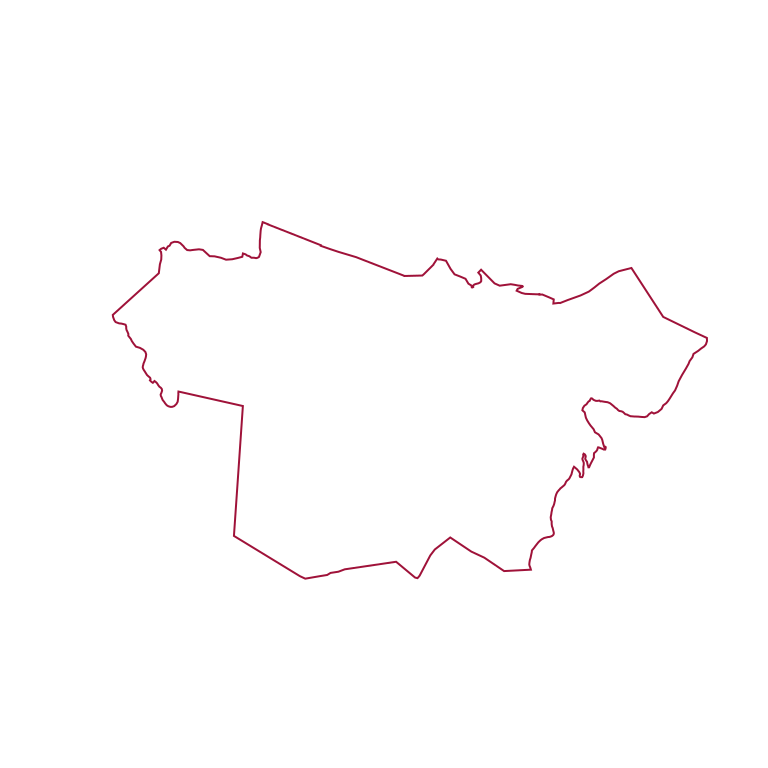 outline of Juan Galindo, Puebla, Mexico, rotated 205°
{"feature_id": "50627088B57480550213661", "entity_name": "Juan Galindo", "entity_type": "district", "adm_level": 2, "iso_a3": "MEX", "parent_name": "Mexico", "parent_adm1": "Puebla", "projection": "natural_earth1", "projection_center": [-98.001, 20.223], "detail": "fine", "context": "isolated", "style": "outline", "palette": "rose", "viewbox_px": 768, "rotation_deg": 205, "n_neighbors": 0, "source": "geoboundaries", "source_scale": "gbopen_adm2", "svg_char_len": 5266}
<svg xmlns="http://www.w3.org/2000/svg" viewBox="0 0 768 768"><g transform="rotate(205 384 384)"><path d="M644.0,410.5L641.9,409.5L640.1,406.5L638.5,402.7L637.7,397.8L634.9,389.2L659.0,332.0L657.9,330.3L655.4,327.8L653.4,326.7L649.7,327.0L647.4,327.8L644.8,328.3L643.3,328.5L641.9,327.1L641.1,325.4L640.1,324.1L638.8,323.1L636.8,321.3L636.2,319.7L632.4,317.8L630.8,316.4L628.1,314.8L624.6,313.0L620.5,313.6L616.6,313.3L613.8,312.2L612.1,310.4L611.4,308.4L611.0,306.5L610.9,305.2L610.7,303.5L610.6,300.9L610.3,299.7L610.1,298.3L609.7,297.1L609.0,296.3L608.2,295.6L607.2,294.9L606.1,294.3L605.1,293.6L603.8,292.8L602.8,292.1L601.4,291.6L600.3,291.3L598.6,290.8L597.6,289.7L597.7,288.4L595.8,287.7L594.8,287.5L594.0,287.4L593.5,288.8L593.3,289.7L591.8,289.4L590.3,288.9L589.1,288.2L588.1,287.5L586.4,286.6L584.7,286.3L583.3,285.6L582.3,284.2L582.0,281.7L582.0,280.1L581.2,278.9L580.0,278.0L579.1,277.1L577.9,276.0L576.7,275.4L575.5,274.8L574.4,274.1L573.2,273.5L571.8,272.9L570.1,272.7L567.9,273.0L566.3,273.8L564.8,275.3L563.7,278.1L563.5,280.7L564.4,283.6L565.6,286.7L565.9,287.6L566.6,288.9L567.1,290.3L502.6,304.4L480.6,247.3L455.8,182.9L379.0,174.3L373.1,174.3L360.7,182.9L354.8,186.9L352.6,190.2L346.0,194.6L341.6,199.1L341.2,199.5L339.5,200.6L297.9,228.0L274.0,221.7L271.6,222.2L271.1,223.8L270.7,225.4L269.6,248.2L268.0,255.5L259.1,272.9L234.0,269.0L219.7,269.0L196.1,265.2L172.4,277.8L173.8,279.4L175.3,280.8L176.1,281.9L176.8,283.9L177.4,286.1L177.7,288.4L178.5,291.7L179.0,294.0L179.6,295.7L178.7,299.0L178.4,300.7L177.8,303.3L177.2,305.8L176.7,307.1L176.1,308.6L175.4,309.9L173.9,312.0L172.7,313.0L170.7,314.6L169.6,315.2L168.4,316.2L167.4,317.4L166.8,318.7L166.8,320.0L167.4,321.2L168.5,322.5L170.3,324.8L171.6,326.0L172.9,328.0L174.0,330.4L175.3,331.5L176.6,333.7L177.4,336.8L178.0,338.7L178.5,341.0L179.0,342.5L178.9,345.3L179.1,347.3L179.6,349.5L179.8,350.7L180.6,352.5L181.0,354.7L181.2,356.0L181.3,357.0L181.3,359.1L180.7,361.6L180.3,362.7L180.0,364.0L179.5,364.9L177.8,368.6L177.6,370.2L177.7,372.2L177.3,373.8L176.5,375.4L176.1,376.6L175.9,381.3L176.3,383.3L176.8,386.1L176.9,387.7L176.8,389.3L174.9,388.8L172.8,388.2L171.2,387.4L169.8,386.7L169.2,386.2L168.3,385.4L167.9,383.6L167.2,382.7L166.1,382.8L165.0,383.4L165.0,385.0L165.5,387.3L166.5,389.1L167.2,390.9L167.8,392.1L168.4,393.4L168.7,394.7L169.2,396.0L169.6,396.9L170.6,398.0L171.8,399.0L172.6,400.0L172.8,401.7L172.7,402.6L173.2,403.5L173.7,404.3L173.6,404.9L173.6,405.2L172.3,405.1L171.6,404.7L170.7,403.9L170.3,402.6L170.2,401.7L169.6,400.8L167.0,399.2L166.5,398.4L165.2,396.7L164.2,395.8L163.5,394.9L162.9,395.2L163.0,397.0L163.0,399.3L162.7,406.1L163.8,408.4L164.4,410.1L163.7,411.6L163.1,413.2L162.9,414.5L163.2,416.0L163.2,417.1L162.4,417.3L160.4,417.4L159.0,417.5L157.0,417.5L155.8,418.1L156.0,419.5L156.4,420.5L157.0,420.6L157.3,419.7L157.8,420.0L160.3,422.7L162.5,425.5L164.0,426.9L168.2,429.0L170.4,429.2L172.4,429.4L174.9,431.6L179.2,433.6L181.8,435.1L184.5,436.9L186.8,438.8L190.1,443.1L193.1,444.0L193.6,446.3L193.2,449.0L191.9,451.2L191.6,453.1L191.2,454.7L190.5,455.6L190.5,457.3L190.2,458.6L189.2,458.8L187.5,458.2L186.4,458.2L184.7,458.3L183.1,459.1L181.8,460.0L180.6,459.7L179.5,460.3L178.4,460.6L176.5,461.1L173.6,462.0L171.1,462.1L169.7,461.8L166.6,461.0L164.5,460.3L162.5,460.0L160.9,459.3L159.3,459.0L157.7,459.5L156.0,459.7L154.2,459.2L152.6,458.6L150.8,459.0L148.9,458.9L146.8,459.0L145.9,459.4L143.7,460.2L140.0,461.8L136.9,462.9L133.8,464.1L131.9,465.9L131.0,468.8L129.4,471.5L126.9,471.3L124.0,474.3L122.9,476.6L121.9,478.8L121.9,482.6L120.1,485.9L119.4,488.5L118.9,491.7L118.2,497.6L117.5,501.2L117.6,506.4L118.1,511.0L117.7,518.1L116.9,525.6L116.5,530.9L116.7,533.9L115.8,538.5L116.2,542.1L113.2,546.9L111.7,550.0L109.7,553.4L109.0,555.9L109.4,559.4L110.8,562.2L124.4,562.2L159.3,562.8L208.8,593.7L218.9,585.4L222.4,581.0L226.9,573.1L231.4,565.9L234.0,560.6L235.6,557.6L237.4,554.3L243.3,547.3L253.0,537.7L258.6,531.8L259.8,531.4L264.5,528.5L265.9,532.4L271.0,532.3L278.4,532.0L280.9,530.6L281.2,531.2L282.9,530.1L294.1,525.4L297.6,524.7L303.2,524.6L303.1,526.7L299.6,530.5L299.5,531.1L300.0,531.3L300.7,531.1L301.3,530.9L304.2,529.9L307.5,529.1L311.3,528.0L320.7,522.0L326.3,521.9L344.3,528.6L345.6,524.8L342.2,523.2L340.7,521.1L339.4,518.4L339.6,517.0L340.8,515.3L343.1,513.4L344.2,512.3L344.6,511.3L344.7,510.6L344.1,509.6L344.6,508.9L345.3,508.7L346.4,510.2L349.1,510.5L349.9,510.6L354.6,513.8L360.2,513.6L366.4,513.2L372.4,516.5L379.9,521.9L385.1,520.8L385.4,520.7L387.0,520.0L387.9,519.9L388.7,520.2L389.7,513.5L389.6,513.1L394.3,500.3L395.1,498.5L411.2,490.5L411.3,490.6L417.4,490.2L456.4,487.6L462.8,487.2L481.2,484.5L489.8,483.5L499.7,482.5L499.8,483.1L556.6,479.6L556.6,479.8L562.4,479.4L561.8,476.5L561.2,472.9L560.6,470.9L559.1,466.9L558.1,464.4L557.2,461.7L555.8,458.6L554.1,454.8L551.5,451.4L551.0,446.4L551.9,445.0L553.1,444.0L555.2,443.5L557.6,442.4L559.9,442.9L562.5,442.6L564.2,443.0L567.0,442.7L566.2,439.4L569.8,436.4L574.3,432.9L579.7,429.9L585.1,429.5L591.5,428.1L596.0,426.2L604.8,429.0L608.6,427.9L613.9,424.7L616.2,423.2L619.0,422.2L622.2,423.1L623.9,424.1L628.2,425.6L630.8,425.6L634.1,424.3L636.5,421.9L636.8,418.7L638.0,417.3L638.4,413.6L641.2,414.4L643.1,412.4L644.0,410.5Z" fill="none" stroke="#9f1239" stroke-width="2"/></g></svg>